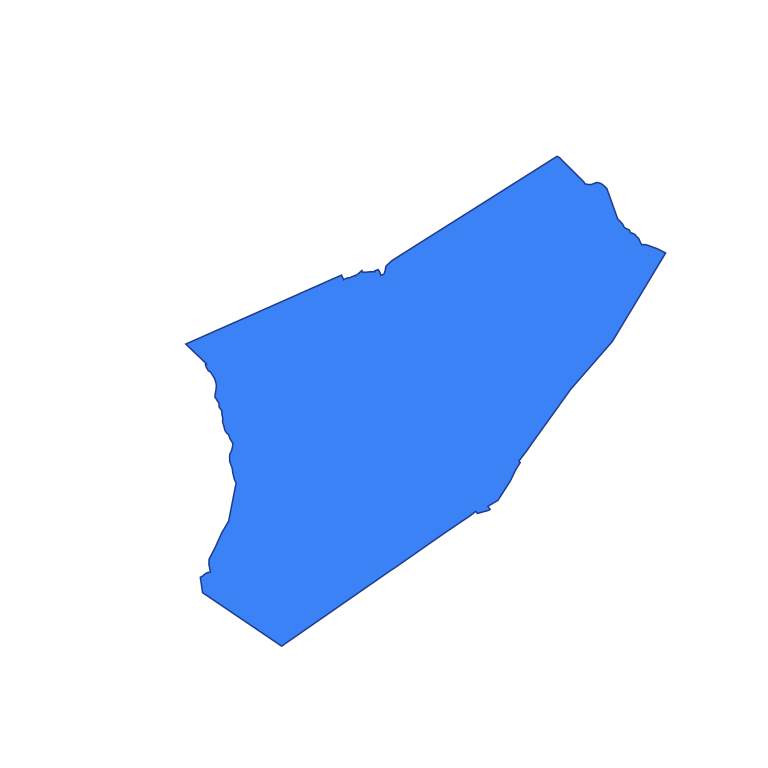 Abasolo, Nuevo León, Mexico, rotated 26°
{"feature_id": "50627088B91827729191113", "entity_name": "Abasolo", "entity_type": "district", "adm_level": 2, "iso_a3": "MEX", "parent_name": "Mexico", "parent_adm1": "Nuevo León", "projection": "robinson", "projection_center": [-100.412, 25.94], "detail": "fine", "context": "isolated", "style": "filled", "palette": "blue", "viewbox_px": 768, "rotation_deg": 26, "n_neighbors": 0, "source": "geoboundaries", "source_scale": "gbopen_adm2", "svg_char_len": 2186}
<svg xmlns="http://www.w3.org/2000/svg" viewBox="0 0 768 768"><g transform="rotate(26 384 384)"><path d="M303.6,638.2L312.4,651.1L406.9,664.5L458.6,572.1L461.8,566.5L465.3,560.1L465.6,559.7L466.1,558.7L466.3,558.3L466.9,557.3L471.7,548.7L473.9,545.1L476.5,540.5L477.2,539.2L480.4,533.5L493.9,509.1L503.9,491.2L511.6,477.8L511.8,477.4L512.0,477.1L512.2,476.8L519.6,463.9L519.6,463.7L519.8,463.5L521.5,459.9L521.7,459.3L522.3,458.3L524.7,459.4L529.1,455.5L532.6,452.5L534.4,450.3L531.0,448.4L537.4,438.6L540.0,416.4L540.1,412.0L540.0,406.5L540.1,402.7L540.3,400.2L540.9,394.9L539.0,394.3L541.8,380.4L542.9,372.9L554.2,306.6L570.6,245.6L579.7,142.8L571.1,142.6L560.7,143.6L557.5,144.2L554.5,145.9L552.2,144.2L550.2,142.5L549.4,141.7L546.8,140.9L544.0,139.6L541.9,139.5L539.3,139.9L536.9,138.0L535.8,138.1L532.1,138.1L530.7,137.6L528.5,135.7L521.5,133.0L498.6,110.6L493.7,109.1L491.2,108.7L488.1,109.2L486.3,109.9L485.4,111.2L483.1,113.6L480.6,115.0L477.0,116.0L474.9,114.7L445.9,104.8L442.7,103.6L439.7,103.5L337.0,269.6L334.2,276.9L334.6,279.5L335.1,280.1L335.8,285.0L333.6,287.8L330.6,284.8L328.5,283.7L326.1,286.3L326.5,287.2L323.0,288.8L319.0,291.3L315.5,293.0L314.4,291.7L312.2,296.9L310.8,299.2L310.5,299.0L308.9,300.9L306.7,303.4L306.2,303.8L304.9,304.5L303.2,306.2L303.1,306.4L302.5,307.3L302.1,308.0L300.4,306.6L300.1,306.4L298.6,305.2L298.1,304.7L296.7,306.4L296.3,306.8L286.7,318.2L286.4,318.6L277.0,329.7L272.2,335.4L272.0,335.7L188.3,435.0L215.8,443.8L214.9,444.7L217.0,446.9L220.3,449.1L222.9,449.3L229.4,453.4L232.8,457.1L234.2,459.2L235.8,463.8L236.8,467.5L237.9,470.0L238.5,470.4L239.6,470.8L240.4,471.5L242.9,472.9L244.1,473.8L245.3,475.9L245.9,477.0L248.2,478.3L249.7,478.9L251.9,482.7L254.4,485.8L255.1,488.2L259.3,493.0L260.8,494.9L262.3,496.1L264.2,497.1L266.1,497.5L266.8,498.0L268.3,499.4L269.4,500.6L274.4,503.8L275.8,508.6L276.2,511.5L276.2,514.8L277.0,516.9L278.4,519.6L279.1,521.1L283.1,524.9L284.8,526.7L287.2,530.4L288.5,531.9L291.1,535.1L294.8,538.1L295.0,539.9L304.5,575.4L303.4,588.9L303.9,604.0L303.6,618.2L305.7,622.9L310.4,629.1L308.0,630.9L306.8,632.6L306.0,633.9L305.2,636.2L303.6,638.2Z" fill="#3b82f6" stroke="#1e3a8a" stroke-width="1.5"/></g></svg>